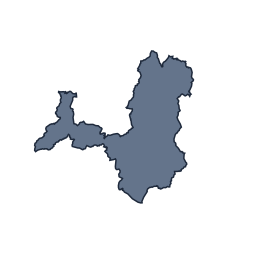 Mueang Kanchanaburi, Kanchanaburi, Thailand, rotated 51°
{"feature_id": "78962969B12534371599047", "entity_name": "Mueang Kanchanaburi", "entity_type": "district", "adm_level": 2, "iso_a3": "THA", "parent_name": "Thailand", "parent_adm1": "Kanchanaburi", "projection": "natural_earth1", "projection_center": [99.271, 14.051], "detail": "fine", "context": "isolated", "style": "filled", "palette": "slate", "viewbox_px": 256, "rotation_deg": 51, "n_neighbors": 0, "source": "geoboundaries", "source_scale": "gbopen_adm2", "svg_char_len": 5858}
<svg xmlns="http://www.w3.org/2000/svg" viewBox="0 0 256 256"><g transform="rotate(51 128 128)"><path d="M141.4,57.7L139.4,57.8L138.9,57.5L138.7,57.9L138.0,57.9L137.6,57.3L137.4,56.1L135.5,52.4L133.6,50.3L132.4,50.2L132.4,47.8L131.8,46.8L131.0,46.6L129.9,46.9L128.1,46.4L125.2,43.2L122.0,41.8L120.6,41.6L119.3,42.5L119.2,43.2L118.5,43.0L117.6,44.0L117.2,43.7L116.2,44.0L115.4,43.6L114.6,42.5L113.0,42.3L112.7,41.3L112.3,41.4L111.9,42.2L110.2,43.6L109.9,44.8L108.4,45.1L106.6,46.1L105.5,45.9L105.9,46.9L105.7,47.1L104.9,47.1L104.3,46.7L103.3,49.0L102.8,48.8L101.8,49.8L100.5,48.1L99.3,50.2L97.6,50.7L98.6,52.1L99.3,55.1L99.6,57.2L99.3,58.6L99.5,59.7L100.4,61.2L101.9,62.1L102.1,62.5L101.9,63.1L100.4,63.0L98.8,62.3L97.8,62.6L93.1,60.8L91.8,60.9L90.0,59.4L87.6,58.5L85.9,59.6L84.2,59.9L83.0,61.2L84.2,63.8L86.0,65.5L86.2,67.1L85.8,69.2L85.8,71.9L85.1,72.8L85.1,74.3L84.0,75.9L85.7,77.4L85.9,78.5L86.8,79.7L88.1,83.2L89.3,82.9L89.3,83.9L89.6,84.4L92.2,83.6L95.5,84.8L96.7,86.6L97.3,89.3L98.2,89.6L98.5,90.5L99.4,90.4L100.0,91.1L100.0,92.5L99.7,93.0L100.7,94.1L100.0,95.0L99.8,95.7L100.9,96.9L101.5,98.7L102.3,99.1L102.8,100.9L104.7,101.4L105.7,103.0L106.4,103.3L107.5,104.5L107.6,106.0L108.2,107.7L107.9,110.2L110.7,114.0L110.6,114.4L111.1,115.2L110.9,116.5L112.0,116.5L113.0,115.2L113.9,114.7L115.3,113.3L115.6,112.7L116.2,112.8L117.4,114.0L118.1,116.3L118.8,116.9L118.3,117.8L118.9,118.7L121.7,120.0L122.9,120.2L123.2,120.8L124.6,121.2L127.6,123.1L130.8,123.7L130.9,124.8L130.4,125.5L130.9,126.6L130.5,128.1L130.5,129.2L130.8,129.9L131.8,130.7L131.0,132.0L131.5,133.2L130.7,135.0L130.9,136.5L130.1,137.7L129.9,139.4L129.6,139.5L129.2,138.9L126.6,139.3L125.6,139.8L123.6,143.3L122.4,146.7L120.7,147.9L121.1,149.2L120.9,151.0L121.2,153.0L120.6,153.0L120.4,152.6L120.6,152.4L119.6,151.0L119.4,151.4L118.8,151.4L119.0,150.5L118.6,150.5L118.4,149.5L117.8,149.2L117.4,149.2L117.4,149.7L116.3,150.4L116.2,150.9L116.4,151.4L115.5,153.0L115.4,152.8L114.6,153.1L114.4,152.4L113.6,152.4L113.5,150.9L112.8,150.2L112.8,149.5L112.2,148.7L111.2,148.6L110.2,149.3L107.6,149.7L105.8,151.6L103.1,153.0L100.1,156.9L98.1,158.5L94.9,158.3L94.7,160.0L93.8,161.2L93.6,162.3L94.2,163.4L94.3,165.8L92.3,166.0L90.6,167.3L85.2,164.1L83.1,161.5L80.8,160.2L79.9,160.4L78.9,159.0L78.3,159.0L76.8,160.2L74.7,159.3L71.6,153.5L70.0,152.2L69.5,151.4L70.1,149.3L71.1,149.0L71.5,148.4L68.5,146.4L68.2,146.4L68.1,147.8L66.4,149.3L63.5,149.5L62.7,150.5L62.7,151.9L62.3,152.2L62.7,153.0L62.6,154.0L61.9,154.1L61.5,154.8L61.2,153.6L60.4,153.7L60.1,154.6L59.1,155.4L57.5,157.7L56.0,158.9L56.7,159.6L58.5,159.3L59.7,159.8L60.3,159.6L61.0,160.3L61.8,160.3L62.8,161.2L63.3,162.5L64.5,163.6L65.8,163.9L66.1,165.7L67.4,167.8L67.4,170.4L68.0,171.1L69.0,171.2L70.1,172.8L70.2,174.3L71.2,175.1L71.7,174.8L72.4,175.2L73.5,175.1L74.6,175.7L76.5,174.7L77.2,174.0L77.8,174.4L78.2,175.2L78.1,176.4L78.7,179.4L78.4,181.5L78.7,182.5L78.6,182.8L77.8,182.7L77.4,184.1L76.8,184.6L76.6,185.7L76.2,186.0L75.9,190.9L76.6,192.1L77.9,192.9L79.6,193.0L79.9,194.8L79.6,196.2L80.0,197.2L80.6,197.8L81.2,197.8L81.4,198.3L81.5,201.0L80.4,203.3L80.5,204.8L80.9,205.8L80.6,206.8L81.4,208.1L81.6,208.9L81.4,209.9L82.9,211.6L84.3,211.7L85.4,213.4L86.6,214.6L88.2,214.7L88.4,212.1L89.6,209.1L90.2,208.4L90.2,207.7L91.3,206.9L91.7,206.3L91.6,206.0L92.1,205.8L92.3,205.1L93.2,204.0L93.7,204.2L94.9,203.6L95.1,202.8L95.6,202.5L95.8,201.7L95.5,201.2L95.6,200.1L95.9,199.2L95.4,198.1L95.5,197.0L94.1,196.3L94.8,194.9L94.0,193.8L94.1,192.3L94.9,191.1L94.4,189.8L94.8,189.3L94.4,188.4L94.8,187.6L95.7,187.2L95.4,186.0L96.0,185.2L95.8,184.2L96.3,183.9L96.2,183.1L96.7,182.6L96.4,181.9L96.7,180.3L96.0,179.7L95.5,178.3L96.8,178.0L98.6,179.0L99.2,178.7L100.4,179.7L101.7,178.7L102.6,177.1L103.2,177.0L104.1,179.8L105.3,180.8L106.0,182.2L107.3,182.9L112.0,179.5L113.0,178.3L116.2,177.0L116.5,176.7L116.4,175.6L117.0,174.8L117.2,174.0L116.4,172.8L115.8,171.0L118.2,169.9L119.5,168.9L119.6,167.6L119.9,166.8L120.2,166.8L120.0,165.2L120.3,164.6L121.0,163.8L121.7,163.3L122.5,163.3L122.5,162.9L123.0,162.8L123.2,161.8L123.7,161.5L123.3,160.8L124.4,159.4L124.2,157.8L125.2,157.1L126.9,157.5L127.3,158.7L128.3,158.1L128.5,157.6L129.1,157.6L129.0,156.8L129.9,156.5L130.4,156.7L130.6,157.5L131.8,158.4L131.3,159.6L131.7,160.7L134.9,160.2L136.0,160.5L137.4,161.5L140.3,160.8L141.7,162.4L143.5,159.1L144.1,157.2L145.5,157.6L149.9,162.0L151.6,163.1L153.0,163.1L153.6,162.4L154.2,160.9L156.1,161.0L157.4,162.0L158.1,164.2L160.1,165.5L160.6,165.5L163.7,164.0L164.3,165.6L164.2,167.7L164.7,169.3L166.6,171.6L168.3,172.9L169.9,173.5L170.4,173.5L171.0,173.1L171.4,170.4L171.7,170.2L172.1,170.3L172.3,171.2L173.0,171.5L173.7,170.9L175.6,171.1L179.1,169.6L185.8,169.1L192.0,166.9L194.3,165.2L195.0,164.1L193.8,163.4L191.6,159.3L189.5,153.1L188.8,152.9L187.7,151.0L187.8,148.5L188.5,147.6L188.7,146.8L189.4,146.2L189.6,144.6L191.3,142.4L191.0,142.0L191.8,141.5L194.0,142.3L194.8,141.1L195.7,141.3L196.3,140.1L196.6,137.9L198.1,136.2L198.3,134.2L199.6,133.3L200.0,132.6L198.4,131.0L198.2,129.6L196.5,128.8L196.4,127.6L196.0,127.6L195.8,126.9L195.2,126.7L194.3,125.4L194.8,123.6L193.4,121.8L193.4,120.4L191.1,119.2L193.3,116.3L193.6,115.2L194.3,115.0L194.7,113.5L193.9,113.1L193.8,112.2L194.1,110.5L193.6,108.9L194.3,107.7L193.5,106.7L193.1,105.1L191.9,104.5L191.1,104.7L186.8,103.8L183.7,100.9L183.3,99.8L181.9,101.0L181.4,100.7L181.1,101.1L180.4,100.8L179.3,102.1L175.4,101.6L171.9,101.9L171.2,101.7L170.8,101.0L169.6,100.5L167.8,100.8L165.5,99.2L162.8,95.3L162.5,93.4L162.8,93.0L162.0,91.0L162.1,89.8L161.2,88.3L160.9,86.0L157.9,84.9L152.8,84.0L150.5,83.1L149.7,81.2L148.5,79.9L147.3,79.2L147.4,77.0L147.1,76.4L145.4,76.2L142.5,74.3L140.3,73.8L139.6,72.4L138.8,71.5L136.1,71.3L135.6,68.9L136.2,68.3L135.4,65.3L135.9,64.3L139.0,63.4L139.3,62.3L139.4,60.3L140.4,59.9L142.2,60.1L141.3,58.6L141.4,57.7Z" fill="#64748b" stroke="#1e293b" stroke-width="1.5"/></g></svg>